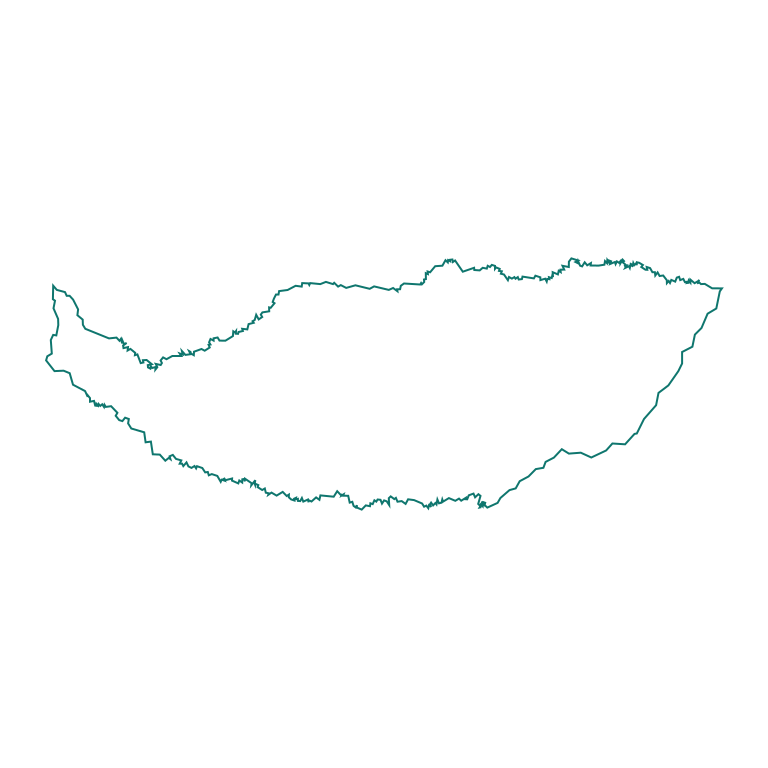 Paz De Ariporo, Casanare, Colombia
{"feature_id": "7082276B32488030547396", "entity_name": "Paz De Ariporo", "entity_type": "district", "adm_level": 2, "iso_a3": "COL", "parent_name": "Colombia", "parent_adm1": "Casanare", "projection": "natural_earth1", "projection_center": [-71.123, 5.772], "detail": "fine", "context": "isolated", "style": "outline", "palette": "teal", "viewbox_px": 768, "rotation_deg": 0, "n_neighbors": 0, "source": "geoboundaries", "source_scale": "gbopen_adm2", "svg_char_len": 6090}
<svg xmlns="http://www.w3.org/2000/svg" viewBox="0 0 768 768"><path d="M704.8,283.9L701.0,284.1L698.5,281.8L699.1,279.8L698.0,281.7L698.3,283.8L697.1,281.7L694.6,283.2L690.4,279.6L690.4,282.6L688.8,280.5L688.5,282.8L687.0,283.0L687.9,281.6L684.9,282.1L683.3,278.9L680.2,280.1L679.1,276.8L676.8,277.6L675.2,281.6L671.3,279.9L670.0,283.0L668.7,281.0L666.9,283.1L666.8,280.2L663.2,275.5L659.6,276.0L657.6,272.4L655.3,275.5L654.9,272.2L652.4,272.2L650.1,268.1L646.7,267.0L647.3,269.8L645.4,269.7L641.3,267.0L642.9,265.0L639.2,262.8L636.9,262.3L636.7,265.2L636.3,263.1L634.3,265.1L633.3,263.0L632.8,265.7L631.8,266.6L632.5,264.8L630.7,263.9L629.8,268.0L628.9,266.2L625.3,267.9L626.6,265.6L624.3,266.2L625.8,264.9L622.6,262.2L624.0,261.1L622.6,259.6L620.4,263.4L620.4,261.2L619.0,262.8L616.9,261.4L615.6,264.1L614.9,262.0L610.1,264.0L611.1,261.3L609.0,260.5L609.4,263.4L607.3,260.0L607.0,263.2L605.0,261.1L604.4,264.7L598.7,265.6L590.6,265.5L590.9,263.1L587.2,265.3L584.7,262.3L582.1,266.4L580.1,265.7L578.3,261.5L578.1,263.3L575.5,262.0L578.2,260.5L571.4,258.4L568.9,261.7L568.8,267.0L562.5,265.8L564.2,269.6L560.4,269.7L560.7,272.1L558.7,270.8L557.9,274.4L552.7,272.2L553.0,277.1L552.3,275.3L551.7,278.0L549.0,277.2L549.4,279.2L547.3,278.9L546.7,281.6L545.2,278.7L540.4,280.1L540.3,277.3L535.4,275.7L533.9,278.4L522.5,276.6L521.9,279.1L518.7,279.5L517.8,277.1L515.5,278.7L514.4,277.1L511.9,278.6L509.0,277.0L507.9,280.2L504.0,274.5L500.9,273.7L501.8,271.3L499.0,270.9L499.7,268.9L496.1,267.4L495.0,268.8L495.0,265.9L491.8,264.9L490.0,267.0L487.7,265.8L486.8,268.6L482.7,267.8L479.7,270.4L474.3,270.0L474.1,267.8L462.8,271.7L455.1,260.5L452.9,262.0L452.4,259.5L449.8,259.8L450.1,261.2L448.1,260.1L447.8,262.4L445.5,260.2L442.4,265.7L435.2,266.2L430.1,272.3L427.6,271.5L427.9,274.1L425.8,273.2L425.9,279.1L424.0,279.5L424.2,282.0L421.9,284.3L421.1,283.0L420.2,284.5L404.0,283.5L400.8,285.8L400.1,289.2L397.1,289.3L397.4,291.2L393.1,288.0L388.8,289.9L374.1,286.4L369.7,288.8L355.4,285.3L346.2,287.9L340.8,285.1L338.1,286.6L334.2,282.8L333.0,284.1L325.9,281.9L320.3,284.1L310.2,283.1L309.3,285.0L308.5,283.4L302.2,283.1L301.7,286.6L295.6,285.8L287.6,290.0L279.1,291.1L278.5,294.5L276.0,294.5L273.9,298.7L272.7,302.0L274.5,303.2L270.7,307.8L269.1,307.4L269.2,311.3L262.4,312.4L260.8,314.6L262.2,317.0L258.7,319.4L256.2,314.8L254.7,320.0L252.6,321.2L253.7,322.8L248.6,324.1L247.3,329.4L242.2,328.8L242.9,331.0L238.5,332.0L238.1,333.8L235.8,333.7L236.0,331.1L235.0,332.5L233.3,331.3L232.9,336.1L225.4,340.7L219.5,340.6L217.6,337.5L213.6,338.3L213.6,340.6L210.5,339.0L209.1,342.3L210.4,344.5L208.6,344.8L209.7,347.5L204.7,350.7L201.5,349.0L194.0,351.7L193.8,355.2L190.9,353.5L190.5,351.9L189.1,351.1L190.6,354.2L185.4,354.9L181.9,351.0L182.7,354.6L179.7,353.5L181.3,356.0L172.3,356.0L166.5,359.2L163.1,357.4L160.6,360.5L161.9,363.0L160.7,365.0L155.7,363.9L157.3,367.2L155.4,369.6L155.6,367.0L152.2,368.0L150.7,366.0L150.3,368.6L148.0,367.4L147.8,365.1L151.8,364.2L146.6,360.0L142.9,360.2L143.4,362.5L140.7,363.1L137.4,354.4L134.9,355.2L135.2,352.8L130.4,348.9L127.6,350.5L128.0,347.1L123.5,348.1L123.1,345.5L126.6,343.0L123.9,344.0L122.5,340.7L122.1,343.4L121.0,338.7L119.5,340.8L116.5,337.6L109.0,338.4L85.3,328.8L82.9,324.8L82.7,319.6L77.4,315.2L78.1,309.4L73.1,299.6L69.6,295.8L66.7,295.8L65.0,292.1L56.8,289.9L53.2,285.7L52.9,299.2L55.0,300.7L53.5,308.3L58.1,318.9L58.3,325.1L56.3,335.4L53.2,334.9L50.8,340.0L51.8,353.6L47.3,356.3L46.1,360.4L54.5,371.1L63.6,370.7L69.7,373.2L73.0,384.7L85.1,391.1L87.7,396.8L87.8,395.4L90.0,398.1L90.0,401.7L94.0,400.9L95.2,405.6L96.7,405.8L96.7,404.1L98.2,405.7L98.6,404.0L100.3,405.9L102.2,404.3L104.0,407.0L104.5,404.8L105.8,406.9L111.1,406.2L117.4,412.8L115.7,415.8L119.2,420.1L122.4,421.1L125.1,417.7L128.8,419.0L128.1,423.4L131.3,428.5L144.2,432.3L145.6,442.3L150.9,441.6L152.8,454.3L159.8,454.6L165.3,460.7L168.8,457.9L170.4,459.1L169.6,456.3L172.8,454.9L176.0,458.9L181.3,460.4L179.7,463.7L182.1,463.7L183.3,466.1L186.5,462.4L188.4,466.4L191.5,467.9L194.5,466.0L196.1,468.4L197.0,466.2L202.3,468.0L205.2,472.4L207.8,472.0L208.8,475.3L211.8,474.1L217.3,475.9L220.7,481.8L221.6,479.7L224.1,480.5L223.1,479.3L224.4,478.6L225.4,480.2L232.1,478.5L232.0,480.6L238.3,483.4L239.3,480.5L242.2,482.5L242.3,479.3L243.9,479.0L244.8,481.3L245.0,478.7L251.6,483.2L251.3,485.3L255.3,480.2L254.7,483.8L255.2,485.1L255.4,483.8L258.3,485.1L257.6,487.1L262.2,490.0L264.8,488.5L265.8,492.7L268.8,493.3L268.3,494.8L271.5,492.6L276.6,495.6L282.7,491.9L286.7,496.0L288.9,494.6L288.8,497.3L291.1,499.4L294.4,500.5L294.1,498.7L296.0,497.8L295.7,499.3L297.9,498.8L297.9,500.9L300.2,501.1L301.9,498.0L303.3,501.6L308.0,499.5L308.5,502.3L308.6,500.2L311.5,501.5L316.1,497.4L319.4,499.8L320.4,495.4L333.7,496.7L337.2,491.2L341.0,495.2L342.2,494.2L341.6,495.5L343.6,494.3L343.1,495.7L348.2,495.8L349.7,502.6L352.3,501.8L353.6,505.9L355.8,507.5L356.8,505.2L357.0,507.6L361.7,509.6L365.8,505.4L370.0,506.2L370.4,503.3L372.7,504.1L374.4,500.3L376.3,501.6L377.6,499.5L380.5,499.8L382.0,503.6L384.1,500.4L386.7,501.3L389.2,505.1L388.8,498.2L390.7,496.4L394.3,499.1L395.9,497.9L397.5,501.7L401.7,501.1L405.6,503.9L408.1,499.3L414.1,500.1L422.1,503.5L424.1,506.7L426.3,505.6L428.3,508.2L429.0,505.2L431.3,506.8L429.8,504.5L431.1,502.6L433.1,505.4L435.4,503.0L436.5,504.4L437.4,499.5L439.0,503.3L441.5,502.7L442.3,499.4L443.1,501.6L448.9,498.1L455.3,500.8L459.0,498.6L461.2,500.7L465.7,497.9L465.4,499.2L467.2,499.3L468.8,495.3L473.5,493.6L475.1,497.3L478.4,494.2L480.5,495.9L478.2,503.9L480.4,506.1L479.6,507.5L480.5,507.3L480.8,504.6L482.4,506.1L481.9,501.5L483.4,504.0L483.5,502.2L485.2,502.8L484.6,505.0L487.3,507.6L497.6,502.9L500.4,498.0L509.5,490.1L515.7,488.4L519.7,481.2L528.5,476.5L535.8,469.1L543.4,467.8L545.6,461.9L553.9,457.6L561.8,449.2L568.9,453.6L580.8,452.7L591.3,457.5L606.1,450.5L612.4,443.5L625.1,444.3L634.5,433.9L636.8,433.5L644.0,419.0L656.1,405.2L658.5,392.9L668.4,385.4L678.3,371.2L682.1,363.5L682.1,352.0L692.4,346.7L694.9,334.6L701.5,328.0L707.6,313.7L716.3,308.5L719.8,291.4L721.9,288.4L712.1,288.3L704.8,283.9Z" fill="none" stroke="#0f766e" stroke-width="2"/></svg>